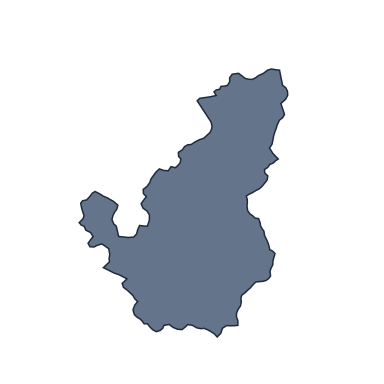 outline of Ibirataia, Bahia, Brazil, rotated 199°
{"feature_id": "56859067B75251017379914", "entity_name": "Ibirataia", "entity_type": "district", "adm_level": 2, "iso_a3": "BRA", "parent_name": "Brazil", "parent_adm1": "Bahia", "projection": "orthographic", "projection_center": [-39.619, -13.995], "detail": "fine", "context": "isolated", "style": "filled", "palette": "slate", "viewbox_px": 384, "rotation_deg": 199, "n_neighbors": 0, "source": "geoboundaries", "source_scale": "gbopen_adm2", "svg_char_len": 2900}
<svg xmlns="http://www.w3.org/2000/svg" viewBox="0 0 384 384"><g transform="rotate(199 192 192)"><path d="M106.8,85.4L109.4,88.5L110.4,91.9L110.2,96.0L109.1,99.9L109.5,103.8L111.1,107.4L111.4,110.5L109.1,113.9L107.5,117.1L105.6,120.3L104.3,123.7L102.5,127.6L99.4,129.1L95.9,130.6L93.3,132.3L91.2,135.3L90.4,138.2L92.5,142.6L92.4,146.1L91.9,149.4L93.0,153.1L93.3,157.3L93.5,160.9L96.7,162.4L99.7,162.8L101.4,165.6L103.2,168.2L106.4,171.7L109.1,174.3L111.3,178.4L113.9,180.2L116.1,182.2L117.7,185.3L120.4,188.5L123.9,187.9L126.7,189.2L130.1,190.2L133.3,192.5L135.5,196.8L136.3,200.3L137.5,203.3L139.4,205.8L137.1,208.7L134.6,211.1L132.4,213.8L129.5,216.8L127.8,219.7L126.2,223.9L124.9,227.6L125.5,231.9L129.3,233.6L130.8,236.8L128.4,239.9L127.5,243.2L124.6,245.9L123.1,248.8L121.2,251.3L128.0,254.7L133.0,258.8L131.9,263.2L132.4,267.3L133.1,271.9L133.2,276.3L133.1,279.8L133.3,282.9L132.7,288.4L130.5,291.7L129.8,295.5L136.8,304.6L133.6,310.3L133.0,314.7L134.6,318.5L137.3,321.1L141.1,322.4L147.3,332.9L148.9,335.7L152.9,334.8L157.0,334.2L160.2,331.8L163.2,327.3L166.9,323.9L169.0,320.8L171.7,318.1L174.5,317.2L178.7,316.7L186.6,319.4L189.3,318.0L192.3,316.5L193.6,312.3L192.3,308.5L193.1,304.5L195.9,302.6L199.0,301.3L199.3,298.1L202.2,296.5L203.8,293.9L200.6,291.1L206.0,287.8L215.2,283.1L216.8,279.9L196.9,264.5L194.4,260.6L194.0,257.5L194.3,254.2L196.3,250.6L198.4,246.7L202.2,243.7L205.1,240.7L208.3,236.6L211.4,235.3L213.9,232.4L214.7,228.9L217.8,225.1L216.2,221.2L213.4,219.7L212.7,216.0L214.2,212.0L215.7,209.5L220.1,209.2L221.3,204.4L225.6,203.2L230.4,203.2L232.6,198.9L233.9,194.8L235.0,191.0L235.0,187.2L236.4,182.5L239.0,178.6L237.4,174.7L233.7,172.7L235.0,168.8L236.3,164.4L233.1,160.8L228.4,159.4L224.7,156.3L223.1,151.2L223.1,145.1L226.3,144.2L230.7,143.3L231.1,138.4L230.7,134.3L232.5,130.4L237.6,128.2L246.9,126.1L249.7,130.6L252.5,135.1L255.7,136.4L258.7,139.9L259.1,144.3L258.5,148.2L257.5,151.2L257.8,155.4L263.0,157.5L266.7,158.2L270.3,158.9L274.8,159.2L277.6,160.0L280.7,160.5L283.8,160.9L285.8,158.6L287.2,154.3L289.1,150.2L292.6,148.1L293.6,145.1L291.2,141.0L288.6,137.4L286.4,134.5L286.3,131.2L288.7,126.3L285.8,124.6L282.9,124.5L279.9,121.3L274.8,120.7L271.0,117.6L272.1,114.6L273.6,109.7L270.7,107.0L266.7,108.1L264.5,110.5L260.3,113.6L252.3,111.3L249.5,106.4L248.7,102.0L247.3,99.0L249.0,95.8L251.2,91.6L239.1,90.0L233.9,90.0L225.3,88.7L226.6,85.9L228.3,82.9L225.7,79.5L221.0,78.0L217.7,76.5L214.2,74.9L211.3,72.4L207.7,70.7L209.3,66.5L209.4,61.3L206.5,57.2L203.0,55.7L199.9,55.1L197.1,53.7L194.3,51.8L191.1,52.9L188.1,50.8L184.4,49.0L180.4,48.3L177.2,50.5L175.3,53.4L175.2,56.7L170.4,59.3L165.7,57.8L161.1,57.5L156.7,58.6L154.6,61.8L152.9,65.2L148.1,66.1L143.3,65.1L139.0,65.7L136.3,67.0L132.7,66.9L128.8,66.2L124.3,65.0L121.0,63.1L118.8,67.7L118.8,73.1L115.9,76.9L112.5,77.9L108.9,79.2L105.2,80.8L106.8,85.4Z" fill="#64748b" stroke="#1e293b" stroke-width="1.5"/></g></svg>